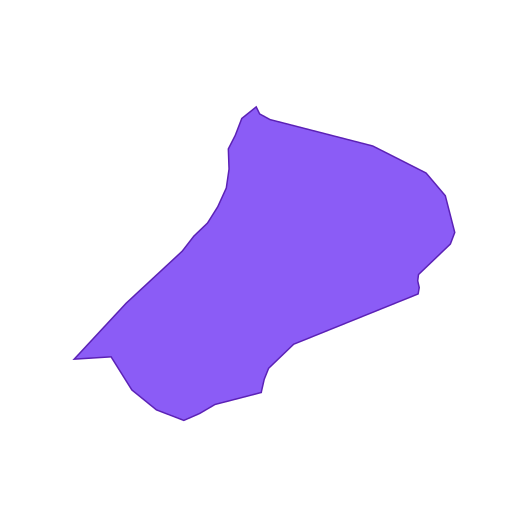 the border of Yardımlı, rotated 168°
{"feature_id": "AZE-1720", "entity_name": "Yardımlı", "entity_type": "District", "adm_level": 1, "iso_a3": "AZE", "parent_name": "Azerbaijan", "parent_adm1": "", "projection": "orthographic", "projection_center": [48.256, 38.872], "detail": "fine", "context": "isolated", "style": "filled", "palette": "violet", "viewbox_px": 512, "rotation_deg": 168, "n_neighbors": 0, "source": "natural_earth", "source_scale": "10m", "svg_char_len": 611}
<svg xmlns="http://www.w3.org/2000/svg" viewBox="0 0 512 512"><g transform="rotate(168 256 256)"><path d="M224.8,401.8L222.9,394.2L213.9,386.5L118.9,339.3L72.4,301.8L58.3,275.6L56.7,237.7L63.4,227.3L100.9,204.1L103.0,198.1L102.9,191.2L105.3,185.2L237.5,161.9L266.9,143.6L267.0,143.5L267.1,143.4L273.6,133.7L279.1,121.8L279.2,121.4L327.0,119.3L343.8,113.7L360.8,110.2L385.4,126.2L405.3,150.8L418.7,187.5L455.3,192.9L392.7,236.9L327.1,276.1L312.6,288.4L296.6,298.3L283.1,312.2L270.9,328.7L264.3,346.6L260.8,366.5L251.2,378.3L241.3,393.5L224.8,401.8Z" fill="#8b5cf6" stroke="#5b21b6" stroke-width="1.5"/></g></svg>